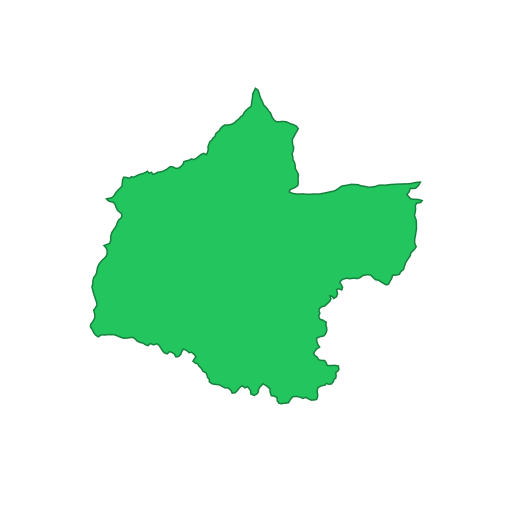 Araxá, Minas Gerais, Brazil (Albers equal-area conic projection), rotated 158°
{"feature_id": "56859067B23765834609949", "entity_name": "Araxá", "entity_type": "district", "adm_level": 2, "iso_a3": "BRA", "parent_name": "Brazil", "parent_adm1": "Minas Gerais", "projection": "albers", "projection_center": [-46.987, -19.634], "detail": "fine", "context": "isolated", "style": "filled", "palette": "green", "viewbox_px": 512, "rotation_deg": 158, "n_neighbors": 0, "source": "geoboundaries", "source_scale": "gbopen_adm2", "svg_char_len": 5433}
<svg xmlns="http://www.w3.org/2000/svg" viewBox="0 0 512 512"><g transform="rotate(158 256 256)"><path d="M315.6,137.8L312.9,138.2L312.1,135.7L311.5,133.3L312.5,130.0L309.9,127.4L306.6,127.8L304.8,129.1L303.7,131.2L301.8,132.9L299.6,133.8L297.3,134.9L294.6,131.2L292.9,127.7L293.9,124.3L294.1,120.6L291.3,119.1L289.6,116.8L290.5,113.9L290.0,111.1L287.9,109.5L285.2,109.0L283.2,108.3L280.8,107.8L278.7,109.4L276.7,110.8L274.5,111.7L271.3,110.7L267.9,108.7L266.1,106.5L262.8,106.2L260.7,103.7L258.7,101.6L255.8,100.7L253.6,100.3L251.8,102.1L250.6,104.8L250.0,107.8L247.9,110.8L244.2,111.1L240.4,110.5L238.3,111.4L236.7,109.9L234.1,109.1L231.3,110.5L230.0,112.4L227.9,112.8L226.5,115.0L225.8,117.9L223.7,118.5L221.6,119.8L220.9,123.2L223.9,125.1L226.3,125.9L228.8,126.8L231.0,127.9L230.9,130.4L231.5,133.4L234.5,134.7L236.7,136.3L237.2,139.5L238.9,142.0L239.0,144.3L236.4,146.1L234.2,147.2L231.1,147.7L231.8,150.8L231.6,153.8L230.7,157.0L226.8,157.2L223.4,156.5L221.4,157.3L219.7,158.7L218.1,160.6L217.3,163.4L217.1,166.0L215.7,168.2L218.0,171.5L220.4,173.3L220.5,176.5L218.2,179.1L218.2,181.6L217.0,183.4L214.5,184.3L210.7,183.9L207.5,185.2L204.7,186.3L202.6,188.2L202.3,191.4L200.5,190.0L199.9,187.4L196.7,188.1L194.6,190.3L193.9,194.5L191.8,194.8L189.2,192.4L187.5,194.4L187.6,197.2L188.3,200.4L184.4,202.0L180.1,201.4L177.6,199.8L175.1,199.2L172.8,198.4L170.6,197.1L167.1,197.0L164.3,197.9L159.8,197.0L156.8,195.3L155.7,192.8L154.2,189.3L151.5,187.7L148.6,183.6L146.2,180.5L143.7,180.3L140.2,183.2L138.5,184.4L136.7,187.0L133.8,186.0L130.1,185.2L127.8,187.1L124.3,188.2L122.3,190.8L119.6,193.9L116.3,196.2L113.0,198.4L111.2,200.9L108.6,202.0L106.1,203.1L104.0,204.6L104.0,208.8L102.5,212.2L100.2,215.8L96.9,221.3L95.1,226.1L94.1,228.9L93.9,234.2L92.1,236.8L90.4,239.8L89.4,243.0L87.3,244.8L85.2,244.3L83.1,244.0L81.2,245.1L83.3,246.9L85.4,248.1L87.8,249.2L91.2,251.0L91.9,253.2L93.1,256.4L89.9,258.2L87.6,260.9L84.8,259.6L82.3,259.1L78.8,260.6L75.9,262.9L78.4,263.8L81.6,264.6L84.8,265.0L88.2,266.0L91.2,267.2L94.1,268.2L97.9,269.7L100.9,270.6L103.9,271.7L106.8,272.5L109.4,273.1L112.3,274.4L115.6,275.6L119.1,275.7L122.9,276.6L126.2,277.7L128.6,279.6L130.8,280.8L132.9,282.2L134.6,283.9L137.7,285.3L140.9,286.8L143.9,287.3L146.7,287.9L149.5,288.6L151.6,288.5L154.2,287.8L157.1,287.1L160.0,287.1L162.3,287.6L166.0,288.2L168.6,288.6L170.7,289.1L173.2,289.5L175.2,290.1L177.5,291.1L180.2,292.2L182.3,292.8L184.8,293.8L186.8,294.7L189.1,296.0L192.3,297.0L195.6,298.5L199.1,300.7L201.2,303.1L199.3,304.8L194.0,304.9L190.8,305.7L189.2,308.5L188.1,312.0L186.4,314.8L186.2,317.0L186.5,319.9L186.8,322.5L185.7,325.4L185.3,328.3L185.7,331.3L184.8,333.9L184.2,337.2L181.6,340.2L180.3,342.7L180.4,345.0L179.5,348.2L178.4,350.8L176.1,352.5L173.4,354.8L171.5,356.3L169.1,358.2L169.8,361.0L171.6,363.3L174.2,365.5L176.0,367.3L177.6,369.1L180.9,370.8L183.5,371.6L186.7,372.6L188.2,375.2L189.0,378.0L189.0,381.1L189.0,383.5L190.0,385.7L190.5,388.9L192.2,392.8L192.3,396.2L192.5,399.6L192.5,403.1L192.1,405.6L192.1,409.3L193.7,411.7L196.1,409.5L198.3,407.5L200.1,403.9L201.4,401.8L202.8,399.4L204.5,396.5L207.6,395.9L209.7,395.1L212.1,394.1L214.1,392.8L215.6,391.3L218.1,390.8L220.1,389.6L223.1,388.8L226.1,387.6L230.0,387.3L233.3,388.0L235.8,389.2L238.9,388.6L241.1,387.5L243.2,385.9L245.4,385.3L247.4,384.5L249.3,382.2L251.6,381.5L253.7,380.0L256.2,379.1L257.9,377.1L259.7,375.2L260.3,372.7L262.2,370.2L264.0,368.6L266.1,370.8L269.1,370.7L272.0,369.8L274.7,368.9L277.4,368.6L279.4,370.2L282.6,369.9L285.4,370.4L287.7,370.4L289.2,368.4L291.3,367.4L293.4,366.8L295.7,366.5L297.9,367.6L299.5,369.6L302.3,371.0L306.2,369.8L309.2,369.5L312.4,369.6L315.9,370.5L318.7,370.1L321.0,370.2L321.5,372.7L324.2,373.0L324.9,375.3L327.6,374.8L330.3,374.8L333.0,375.2L335.9,375.2L339.8,374.8L341.8,376.2L344.3,375.4L346.7,377.4L349.0,378.6L350.9,376.9L352.6,373.9L354.0,371.1L356.1,370.0L358.9,368.9L362.3,367.2L364.4,365.5L366.6,364.3L368.8,364.2L370.9,364.6L373.2,365.0L372.2,362.4L370.4,360.8L368.0,359.1L367.3,356.3L367.5,353.4L367.2,350.0L365.9,347.6L364.8,345.3L365.4,343.1L367.2,341.7L369.9,340.7L372.4,338.7L373.8,336.6L375.9,335.2L378.0,333.8L381.0,331.7L383.2,328.8L384.7,325.1L387.0,322.5L390.4,322.5L393.0,322.7L392.1,320.0L391.8,317.6L392.5,315.5L393.4,313.5L395.0,311.9L397.3,310.8L399.8,309.9L402.7,308.5L404.9,307.0L407.2,304.8L409.1,301.8L410.6,299.5L412.5,298.0L414.7,296.7L416.7,293.7L417.6,291.4L419.6,289.0L420.2,285.3L420.6,281.7L421.0,276.4L421.1,273.0L421.8,270.0L424.3,268.1L426.8,266.6L427.1,264.2L427.5,261.5L429.1,258.5L432.2,256.1L434.6,254.7L436.1,252.4L435.4,249.1L435.2,245.7L434.4,242.9L432.6,240.1L428.9,240.9L425.8,239.4L422.3,238.4L419.8,237.3L417.0,236.2L414.2,233.6L412.1,231.5L409.6,229.4L406.0,228.1L403.4,227.5L400.5,226.6L399.1,224.3L398.1,221.7L395.7,219.1L393.3,217.6L391.9,215.3L389.7,213.3L386.8,214.5L384.3,212.0L381.0,211.8L379.5,210.0L378.8,206.8L378.3,203.4L377.2,200.4L375.0,198.5L372.1,199.7L370.2,198.3L368.5,195.8L368.0,192.3L365.2,191.9L362.6,193.0L360.5,195.4L358.0,197.0L355.5,194.0L354.2,191.4L351.8,190.9L350.2,187.9L349.5,185.0L351.5,183.8L353.9,182.0L352.3,179.3L350.4,177.9L350.2,175.5L348.8,172.3L348.3,168.9L346.1,166.3L346.0,163.9L346.4,161.5L345.5,159.2L346.4,156.8L344.7,154.1L342.4,152.5L340.3,151.4L338.1,150.2L336.7,148.4L334.4,145.6L331.2,144.0L329.5,140.7L329.5,137.8L326.6,137.0L323.5,138.3L321.0,139.9L317.6,141.0L315.6,137.8Z" fill="#22c55e" stroke="#15803d" stroke-width="1.5"/></g></svg>